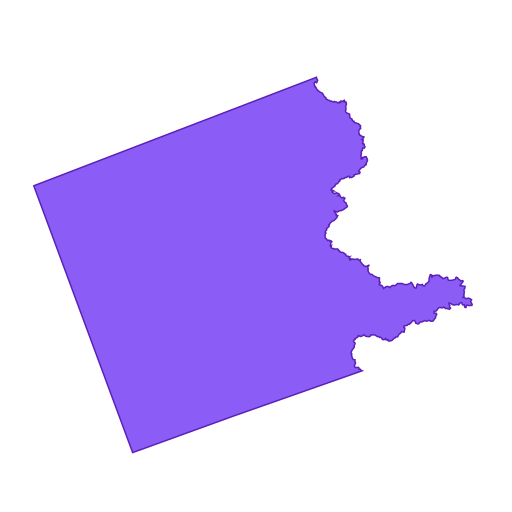 outline of Río Senguer, Chubut, Argentina, rotated 159°
{"feature_id": "61730980B47831130528254", "entity_name": "Río Senguer", "entity_type": "district", "adm_level": 2, "iso_a3": "ARG", "parent_name": "Argentina", "parent_adm1": "Chubut", "projection": "mercator", "projection_center": [-71.319, -45.327], "detail": "fine", "context": "isolated", "style": "filled", "palette": "violet", "viewbox_px": 512, "rotation_deg": 159, "n_neighbors": 0, "source": "geoboundaries", "source_scale": "gbopen_adm2", "svg_char_len": 6090}
<svg xmlns="http://www.w3.org/2000/svg" viewBox="0 0 512 512"><g transform="rotate(159 256 256)"><path d="M198.0,110.8L198.7,111.5L199.4,113.1L200.4,113.4L200.0,114.5L200.4,115.4L203.0,116.1L203.6,117.4L203.5,118.2L201.4,120.4L201.3,120.9L201.6,121.3L200.8,123.7L202.3,124.4L202.6,125.5L202.4,129.3L201.6,130.1L202.1,131.2L201.7,132.0L199.8,133.9L197.2,135.4L196.1,137.5L194.8,138.9L194.8,139.6L195.6,141.0L195.3,141.9L194.6,142.4L193.6,142.5L193.6,143.1L189.3,144.1L189.0,145.0L187.1,143.3L185.5,143.3L183.5,143.8L183.1,142.8L182.0,141.5L179.3,140.1L177.9,140.3L176.8,141.2L175.3,140.4L173.5,139.9L171.4,137.1L170.0,136.5L169.6,135.6L168.7,135.3L168.1,134.4L167.9,132.9L167.4,132.3L165.4,131.8L164.7,132.3L164.8,131.7L164.1,130.8L162.7,130.6L163.1,129.8L162.7,129.1L161.4,128.6L159.2,128.5L156.6,129.7L155.7,129.6L154.5,130.3L152.7,129.8L150.4,131.8L148.8,132.1L147.8,132.7L147.3,133.3L145.1,131.8L143.0,135.0L142.9,135.7L143.5,136.5L143.0,137.6L139.7,137.1L138.3,137.7L137.5,137.3L136.3,137.6L136.0,138.1L134.9,138.2L133.6,139.1L132.2,139.3L131.4,139.2L130.8,137.6L131.0,136.0L129.1,134.5L128.3,134.4L126.4,135.6L124.4,134.9L121.7,135.3L121.3,134.8L119.9,133.9L117.6,134.0L116.2,132.4L114.0,131.8L110.4,134.2L109.5,135.7L108.2,136.7L108.4,138.1L110.3,138.8L109.6,140.5L107.3,140.1L104.1,142.2L102.9,142.1L100.7,140.8L98.9,141.0L97.9,139.0L96.7,138.7L94.6,137.0L93.3,137.3L93.0,137.7L93.6,139.2L92.8,140.4L93.2,141.6L92.6,142.9L91.3,141.8L89.9,140.1L88.2,139.0L86.8,139.0L85.0,138.4L84.3,137.7L82.5,138.9L81.5,139.1L80.6,138.3L80.8,137.3L80.4,136.2L79.1,135.9L79.5,133.5L78.9,132.8L78.3,132.8L77.3,134.4L76.7,134.6L74.8,133.3L72.9,132.7L71.9,132.7L71.5,133.5L71.9,136.1L71.6,137.0L70.4,137.9L71.7,139.7L73.1,140.6L74.6,140.7L77.5,143.2L76.1,143.9L76.0,145.3L75.3,145.9L75.3,146.5L74.2,148.0L74.3,148.9L74.1,149.9L72.9,150.7L71.7,152.7L76.1,155.3L75.8,155.8L74.4,156.3L71.8,158.0L71.6,158.4L72.1,159.0L74.0,159.5L74.4,160.8L75.2,161.7L75.6,163.4L76.5,164.4L77.1,164.3L77.8,163.2L78.7,162.8L81.8,163.1L84.8,164.2L85.0,164.3L85.1,165.9L84.8,167.2L85.1,167.6L85.6,167.9L89.5,167.8L90.4,169.9L91.4,170.5L91.6,172.1L93.0,172.9L95.2,173.7L97.9,174.0L98.5,174.7L98.8,173.4L99.3,173.3L99.1,174.6L99.4,175.9L99.8,176.1L100.3,175.9L100.7,175.0L102.1,173.6L103.7,170.3L105.4,169.5L107.2,169.2L109.3,167.6L110.5,168.1L110.9,169.9L111.9,169.8L113.4,170.3L115.3,172.0L116.2,171.3L117.8,168.8L119.0,169.1L119.5,169.9L120.2,175.1L120.7,175.9L121.7,175.2L125.4,175.2L127.6,176.2L129.9,178.3L131.1,178.5L133.6,179.6L136.9,178.4L138.6,179.5L140.3,179.5L142.0,178.5L143.2,179.9L144.9,180.7L145.7,180.8L148.5,180.0L148.7,182.4L149.5,183.8L151.2,184.9L150.9,185.6L149.5,186.7L149.5,187.1L150.1,187.8L148.6,191.2L148.7,191.6L150.5,192.3L151.6,193.7L152.8,194.6L154.4,197.3L155.7,197.9L156.4,199.2L156.6,200.3L156.8,201.4L156.5,202.2L156.7,202.8L155.9,203.5L155.9,204.7L155.5,205.6L154.6,206.4L153.4,207.0L156.9,206.8L158.8,208.0L158.9,209.0L159.6,210.2L160.6,213.7L160.2,215.0L159.4,215.8L160.7,214.8L161.1,214.9L162.0,215.8L162.0,216.8L165.7,217.6L166.5,218.5L169.9,218.7L169.9,218.9L168.7,219.7L169.8,220.6L169.6,221.3L168.8,221.7L169.7,221.8L169.9,222.7L171.6,223.5L171.9,224.3L171.6,225.5L172.6,226.2L172.8,227.3L173.8,228.3L175.9,229.3L176.0,230.2L176.4,230.7L176.3,231.0L177.0,231.7L176.8,232.3L177.2,233.3L180.0,234.3L181.5,235.6L182.2,235.7L182.8,236.7L182.4,238.2L182.0,238.6L183.0,238.5L183.0,238.9L182.4,239.2L182.5,239.7L181.3,241.5L180.7,242.1L180.3,242.0L180.1,242.4L180.6,243.4L181.9,243.6L182.1,244.7L183.4,244.6L183.9,245.6L184.0,246.6L184.8,247.7L184.7,248.7L184.0,250.9L183.3,251.8L182.5,252.3L182.8,253.5L182.3,254.1L180.6,255.1L180.2,256.4L177.4,257.3L176.9,257.9L177.0,259.0L176.1,259.1L174.8,260.3L172.2,261.2L170.6,261.1L166.8,262.8L166.4,263.5L165.6,264.0L165.2,264.4L166.6,265.1L166.0,266.2L166.9,268.4L166.8,270.0L164.5,267.9L162.3,268.3L160.7,267.9L157.6,268.0L153.0,269.4L152.8,270.1L153.1,272.4L152.9,273.2L154.1,275.0L154.1,275.7L154.3,276.4L152.3,278.1L153.3,279.4L154.9,279.5L155.9,280.8L155.9,282.2L156.1,282.7L157.5,282.9L156.1,283.6L156.2,284.1L157.2,285.3L157.9,285.7L158.3,286.3L159.9,286.0L161.2,287.0L162.0,288.7L160.8,289.2L160.1,288.9L160.7,289.7L162.3,290.8L162.2,291.2L159.8,292.4L157.5,292.9L155.7,294.5L155.0,294.3L153.5,294.6L152.5,295.5L151.1,295.8L150.7,297.0L149.8,296.8L148.4,297.7L147.5,297.1L146.1,296.8L144.7,297.3L143.6,296.9L141.3,297.4L140.4,296.9L140.6,296.0L140.4,295.5L139.5,295.6L138.7,295.0L136.0,295.4L135.5,295.9L135.5,296.5L135.3,296.6L130.5,296.1L129.8,295.8L128.8,297.1L129.9,298.2L129.8,298.6L126.7,300.3L125.1,300.7L123.5,300.5L122.0,301.6L120.4,301.7L120.2,302.0L120.2,302.8L119.2,303.5L118.8,304.3L118.1,304.8L117.5,305.6L117.4,307.0L117.6,307.7L117.4,308.3L117.6,309.2L119.0,309.7L120.7,309.7L121.4,308.9L122.8,308.6L123.1,309.3L121.9,310.2L122.4,311.0L122.4,312.0L121.5,312.7L121.4,313.4L120.8,313.9L120.7,315.2L119.8,316.4L119.0,316.3L117.9,318.0L117.8,318.6L116.1,317.9L115.1,318.9L115.4,320.6L114.9,321.6L115.2,322.1L115.9,322.1L116.2,323.1L115.1,324.2L115.1,325.3L114.4,325.7L115.2,326.8L114.4,326.7L113.8,327.6L112.6,328.3L112.6,328.7L114.2,329.6L115.2,331.3L116.0,331.8L115.7,334.7L115.0,336.3L113.4,337.5L112.7,337.4L112.4,338.3L112.3,339.5L111.7,340.0L111.8,340.5L112.7,341.9L112.7,342.5L116.3,345.4L116.3,346.8L117.0,346.9L117.5,348.1L117.3,349.4L118.8,351.4L117.8,355.0L119.9,356.9L120.6,358.2L120.5,359.4L119.5,360.6L119.0,361.8L118.8,363.3L117.0,365.5L117.1,366.5L116.7,367.3L117.5,367.8L117.7,368.9L118.0,368.3L118.6,368.3L118.7,369.6L120.4,369.4L121.1,370.3L121.6,369.7L122.2,369.7L122.7,369.0L123.1,369.3L123.2,369.9L124.7,369.5L125.6,370.9L127.0,371.6L127.3,372.2L128.6,371.9L130.1,373.6L130.9,373.7L131.5,374.8L133.1,375.9L133.9,377.3L134.3,377.3L134.1,378.9L135.2,380.5L135.4,383.1L136.0,384.7L137.2,385.7L138.1,387.2L138.7,387.5L139.0,389.1L139.5,389.7L139.6,391.5L140.1,392.4L139.9,392.8L140.4,393.2L140.1,394.0L140.1,395.9L139.5,396.9L138.2,397.4L137.6,396.1L137.3,396.0L135.4,398.0L135.8,399.7L135.5,401.2L438.3,401.2L441.6,116.7L336.2,114.7L198.0,110.8Z" fill="#8b5cf6" stroke="#5b21b6" stroke-width="1.5"/></g></svg>